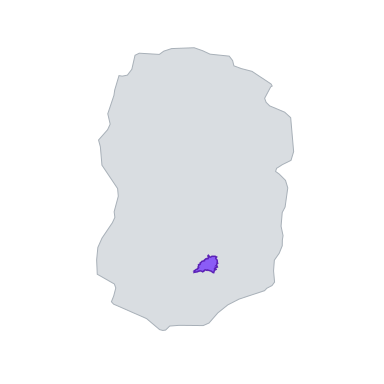 location of Cheshinovo - Obleshevo, Češinovo-Obleševo, North Macedonia, rotated 110°
{"feature_id": "65306769B60953626693828", "entity_name": "Cheshinovo - Obleshevo", "entity_type": "district", "adm_level": 2, "iso_a3": "MKD", "parent_name": "North Macedonia", "parent_adm1": "Češinovo-Obleševo", "projection": "equal_earth", "projection_center": [22.304, 41.875], "detail": "fine", "context": "in_parent", "style": "filled", "palette": "violet", "viewbox_px": 384, "rotation_deg": 110, "n_neighbors": 0, "source": "geoboundaries", "source_scale": "gbopen_adm2", "svg_char_len": 1997}
<svg xmlns="http://www.w3.org/2000/svg" viewBox="0 0 384 384"><g transform="rotate(110 192 192)"><path d="M174.4,99.4L180.4,100.2L193.7,96.6L201.9,91.5L206.1,90.7L211.7,88.8L219.7,89.1L227.9,91.3L238.2,88.4L248.4,83.6L252.5,84.8L256.9,88.8L259.8,90.0L276.6,111.2L285.9,119.8L296.8,126.4L309.3,131.2L313.7,135.8L321.7,158.5L325.6,167.1L330.8,169.6L332.1,172.1L332.4,175.4L326.5,191.4L324.2,227.3L322.7,230.2L316.5,230.0L308.2,230.8L305.0,233.5L301.7,252.9L288.4,258.4L276.3,261.5L266.1,260.8L248.1,256.3L242.2,255.8L237.2,258.4L221.2,259.8L214.2,263.1L197.6,285.8L180.8,293.6L175.1,297.6L162.3,292.6L156.2,292.1L147.3,297.9L127.9,298.4L122.6,299.5L107.6,300.4L107.0,297.2L104.3,292.7L97.3,290.5L83.0,292.3L79.6,289.0L73.9,269.8L69.3,266.7L64.2,260.2L55.7,239.3L55.6,230.2L56.3,222.2L51.6,203.5L54.6,198.8L59.1,195.8L59.2,188.3L58.1,176.9L63.5,154.6L65.0,152.9L66.3,154.0L79.1,155.8L82.4,153.0L84.5,148.5L85.3,132.2L88.4,124.7L119.3,110.3L128.4,109.8L135.3,116.4L140.8,120.6L144.1,120.5L145.3,116.2L149.1,108.1L155.4,103.4L174.2,99.4L174.4,99.4Z" fill="#d9dde1" stroke="#a8b0b8" stroke-width="1"/><path d="M263.4,154.7L262.4,153.8L261.8,153.9L261.5,153.4L260.6,153.1L260.5,151.1L260.0,151.0L259.8,146.8L260.5,144.9L260.4,144.0L257.3,144.2L257.4,143.7L256.5,142.9L256.1,143.5L256.2,144.5L255.4,144.3L253.8,142.5L252.8,143.4L253.1,144.3L252.2,143.9L251.1,144.1L250.1,143.5L249.7,144.3L248.4,144.5L247.2,145.3L246.5,146.8L245.8,147.1L244.7,146.6L244.5,148.2L245.6,151.3L246.9,152.3L247.1,153.2L246.7,153.6L247.1,154.0L246.4,154.1L245.9,155.0L246.6,155.2L247.8,154.3L249.1,154.1L249.5,154.9L249.4,155.3L250.4,156.1L250.3,156.3L251.8,157.1L252.3,156.8L253.8,159.0L255.2,159.5L255.6,160.0L256.4,159.9L256.6,159.6L257.3,159.7L257.7,160.6L258.2,161.0L258.9,160.5L260.3,160.6L260.8,159.9L261.9,160.3L262.0,160.6L262.6,160.6L263.4,161.6L265.5,163.0L265.5,162.5L266.8,162.5L265.0,159.4L264.2,159.1L264.2,158.4L263.3,157.6L263.1,155.6L263.4,154.7Z" fill="#8b5cf6" stroke="#5b21b6" stroke-width="1.5"/></g></svg>